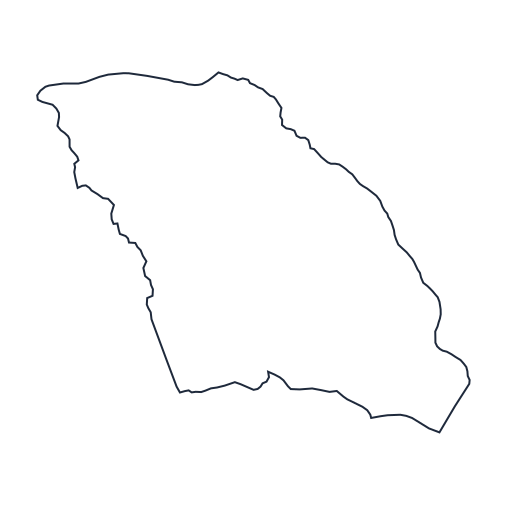 Maurilândia do Tocantins, Tocantins, Brazil, rotated 262°
{"feature_id": "56859067B46182504627993", "entity_name": "Maurilândia do Tocantins", "entity_type": "district", "adm_level": 2, "iso_a3": "BRA", "parent_name": "Brazil", "parent_adm1": "Tocantins", "projection": "mercator", "projection_center": [-47.581, -6.021], "detail": "fine", "context": "isolated", "style": "outline", "palette": "slate", "viewbox_px": 512, "rotation_deg": 262, "n_neighbors": 0, "source": "geoboundaries", "source_scale": "gbopen_adm2", "svg_char_len": 2752}
<svg xmlns="http://www.w3.org/2000/svg" viewBox="0 0 512 512"><g transform="rotate(262 256 256)"><path d="M55.8,413.1L79.6,432.1L99.7,449.4L103.5,450.3L107.7,449.0L112.4,449.3L116.8,448.8L120.4,446.8L124.5,444.1L128.2,439.6L131.5,435.9L134.7,431.6L136.3,427.7L138.4,425.1L141.3,422.8L145.2,421.6L149.7,422.2L156.3,423.0L161.0,426.0L165.0,427.7L168.4,429.4L172.5,430.8L177.5,431.4L185.0,431.3L189.9,430.2L192.8,428.3L196.4,426.1L199.3,424.0L202.5,421.5L206.2,417.9L211.8,416.4L216.4,416.0L220.0,414.2L224.2,412.9L228.1,411.7L231.3,410.4L234.5,408.3L238.6,405.8L242.7,402.4L247.5,398.5L253.1,397.0L257.6,396.2L262.5,396.2L267.2,395.4L271.9,394.5L276.2,392.4L279.7,391.9L283.1,389.6L287.3,388.0L293.3,386.7L298.9,383.6L303.4,379.3L307.4,375.4L310.3,371.7L312.9,368.9L316.0,366.8L319.2,365.1L323.5,362.7L326.5,359.5L329.3,357.3L332.4,354.2L335.1,351.1L336.3,347.4L336.9,343.1L338.8,340.0L341.4,337.6L344.9,334.4L349.9,331.1L353.8,328.4L355.1,324.9L358.7,324.7L363.5,323.9L366.3,321.0L366.9,316.3L369.4,312.9L374.7,311.5L376.8,308.0L378.2,303.7L382.1,300.0L387.4,300.9L390.9,299.4L394.6,300.3L399.1,301.8L404.0,299.4L408.3,297.5L411.1,295.7L412.7,292.3L415.8,289.5L420.4,285.8L422.7,281.5L425.5,278.4L428.0,274.1L431.5,272.8L433.7,267.6L432.8,262.3L434.6,259.4L436.2,256.0L438.9,252.8L440.7,248.7L443.0,244.4L439.2,238.2L436.3,233.0L433.7,226.4L433.5,222.7L433.8,219.1L435.5,212.6L438.3,206.8L440.0,199.3L442.8,193.5L449.5,173.3L454.7,155.3L455.5,149.9L456.2,134.9L455.2,125.9L452.1,111.7L451.5,104.4L453.6,89.3L453.6,74.8L452.9,71.0L449.7,65.5L445.6,61.7L441.1,61.7L438.3,65.9L434.1,75.6L429.8,78.8L425.1,80.7L420.9,80.3L412.5,77.5L407.8,80.1L404.5,83.6L400.7,86.6L397.4,87.6L390.1,86.6L386.4,88.1L383.4,90.2L379.2,92.8L375.4,93.5L372.6,88.9L369.1,89.2L364.4,87.7L358.1,88.0L348.2,88.9L349.7,93.7L349.6,97.3L346.7,100.5L343.8,102.2L339.3,107.7L334.6,112.5L333.2,117.5L326.3,122.4L318.1,118.6L312.4,118.2L307.6,119.4L307.5,123.3L301.2,123.7L296.8,124.3L293.9,129.7L291.1,131.7L287.0,132.1L285.7,138.3L281.5,139.8L277.7,142.6L271.9,144.0L266.0,146.7L259.8,142.8L251.6,143.4L246.8,147.8L241.9,148.0L237.4,149.3L231.0,148.0L229.5,142.4L223.1,141.1L219.4,142.1L214.9,143.9L207.9,143.7L165.8,152.9L137.7,159.2L131.4,161.7L132.1,166.7L132.3,170.6L129.9,173.3L129.9,177.4L128.9,182.8L129.7,187.1L131.2,193.0L131.2,199.1L132.0,207.0L134.0,217.5L131.2,222.9L123.8,235.0L124.1,239.1L126.0,242.3L129.0,244.8L130.1,248.9L134.2,252.0L139.7,251.9L136.0,257.9L132.5,262.7L129.1,265.9L122.6,269.5L119.4,271.9L117.8,280.7L117.0,293.2L114.2,301.6L111.2,309.9L111.1,317.2L104.6,323.0L101.4,326.4L91.9,340.4L87.8,344.7L83.0,347.1L79.6,347.5L80.0,357.2L80.0,364.1L78.7,376.8L76.8,382.5L73.9,388.0L61.2,403.3L55.8,413.1Z" fill="none" stroke="#1e293b" stroke-width="2"/></g></svg>